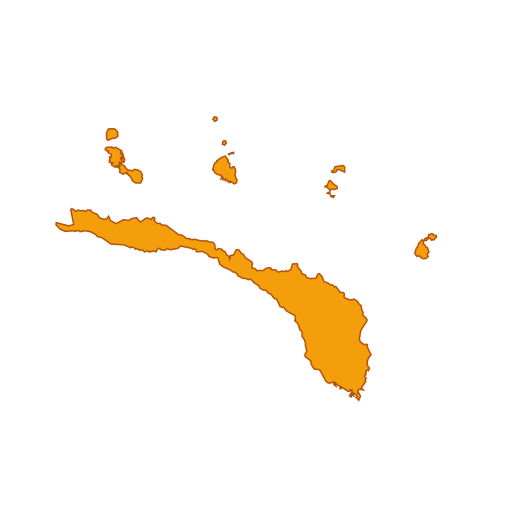 the district of Namatanai District, New Ireland, Papua New Guinea, rotated 339°
{"feature_id": "67681753B4611744074236", "entity_name": "Namatanai District", "entity_type": "district", "adm_level": 2, "iso_a3": "PNG", "parent_name": "Papua New Guinea", "parent_adm1": "New Ireland", "projection": "albers", "projection_center": [152.429, -3.72], "detail": "fine", "context": "isolated", "style": "filled", "palette": "amber", "viewbox_px": 512, "rotation_deg": 339, "n_neighbors": 0, "source": "geoboundaries", "source_scale": "gbopen_adm2", "svg_char_len": 6163}
<svg xmlns="http://www.w3.org/2000/svg" viewBox="0 0 512 512"><g transform="rotate(339 256 256)"><path d="M80.5,155.3L82.9,160.9L86.4,164.4L95.0,167.2L95.8,168.2L98.2,168.3L100.1,169.2L100.4,170.3L105.4,171.1L110.4,174.2L114.5,179.2L114.7,180.7L119.0,184.0L124.8,192.8L137.0,198.4L141.9,203.4L143.3,203.0L145.4,204.7L145.6,206.3L147.6,206.6L149.6,209.0L151.9,209.4L153.4,212.2L157.3,212.5L157.7,214.0L163.1,214.9L164.0,216.3L167.3,213.8L169.1,214.5L168.9,215.7L169.9,216.4L173.2,218.0L175.9,217.3L178.0,219.4L185.9,220.9L189.0,219.6L198.1,225.4L199.7,227.3L201.2,227.4L202.2,229.0L201.9,230.7L207.7,232.6L211.3,236.7L212.2,239.9L215.9,242.9L218.4,243.0L219.7,244.4L219.2,250.6L221.5,254.5L227.5,260.3L228.6,262.5L230.3,263.4L231.9,265.8L232.0,267.8L235.3,271.8L239.0,273.8L240.1,275.3L242.9,275.9L244.7,280.4L247.7,284.4L248.2,287.6L250.5,290.4L252.8,291.1L254.1,294.9L256.2,296.9L257.8,302.2L259.8,303.6L260.4,312.1L263.5,314.0L264.8,318.3L271.0,325.6L270.4,328.7L269.0,330.2L270.9,334.4L270.5,340.5L271.8,343.3L270.2,347.7L271.2,351.8L270.9,355.3L270.0,357.3L269.4,363.1L266.9,364.8L265.7,367.3L269.6,373.7L268.7,377.0L269.8,382.4L274.1,384.6L274.8,385.8L276.3,397.5L277.6,400.1L278.9,401.0L284.1,401.7L286.1,405.8L288.8,408.9L287.3,408.7L287.0,410.2L289.6,410.0L293.6,415.4L295.0,415.7L296.0,414.7L296.7,415.7L297.4,415.4L296.7,416.7L299.8,421.8L300.1,423.5L298.8,423.9L300.3,427.5L303.3,424.3L303.0,421.5L301.8,420.6L302.9,419.9L302.7,418.3L304.4,417.3L308.1,419.4L307.0,416.9L313.4,412.5L313.7,410.7L315.0,409.7L314.2,406.9L316.3,406.0L316.2,404.4L317.2,404.0L317.5,402.7L319.1,402.0L319.8,403.3L321.2,402.2L321.6,400.5L320.7,398.8L321.9,394.4L324.6,391.4L328.0,389.5L327.3,381.3L328.2,378.8L327.7,378.0L325.6,377.8L323.5,375.1L322.5,373.2L322.8,370.5L327.1,363.0L336.1,356.6L336.8,355.3L336.2,352.4L334.3,349.6L335.8,347.2L335.4,343.7L336.4,340.0L334.9,337.6L334.6,335.1L332.1,331.3L330.0,331.4L327.1,330.0L323.9,326.8L323.5,325.5L324.9,323.4L324.6,321.7L321.5,319.9L319.7,313.3L318.3,313.1L317.5,310.9L314.5,308.9L313.9,307.3L310.2,304.1L310.3,298.7L308.7,295.1L306.8,295.3L304.6,297.9L303.5,298.1L298.3,296.4L296.0,294.7L295.1,291.2L292.3,288.7L292.8,286.7L290.8,280.5L291.8,279.4L291.6,277.8L287.2,276.6L283.5,281.3L279.9,281.7L278.9,280.4L277.8,281.0L274.3,279.2L270.9,279.1L269.4,276.0L265.4,274.3L265.7,272.9L264.2,271.6L261.0,271.1L257.7,272.1L251.3,269.9L251.0,267.9L247.8,265.4L250.1,261.6L249.6,259.3L245.5,253.8L244.8,250.0L243.4,248.4L242.0,243.8L239.6,243.2L235.5,246.9L232.2,246.4L231.2,248.4L230.2,249.5L230.6,246.4L229.3,245.2L228.6,240.6L226.9,239.3L226.7,237.7L223.5,235.5L221.8,236.1L220.4,235.2L221.6,230.2L220.7,227.8L217.1,225.9L216.0,224.4L214.8,224.4L212.6,222.7L211.4,223.0L204.0,218.0L202.2,218.0L200.0,215.9L197.6,215.0L194.4,209.9L191.6,208.7L183.1,195.2L179.2,193.3L178.0,191.0L176.3,190.7L174.7,189.1L173.7,185.8L175.1,184.6L174.6,183.3L173.2,183.0L171.3,184.4L168.5,181.7L166.3,181.3L160.9,182.9L159.5,181.6L158.3,177.5L153.3,176.5L150.0,177.2L145.2,174.6L137.1,175.7L132.8,170.8L132.7,166.1L129.9,167.9L126.9,167.1L123.8,164.5L122.6,160.1L118.9,156.7L117.9,153.8L114.9,152.6L112.6,153.4L111.1,151.6L108.2,150.9L106.5,149.3L104.2,150.0L101.1,145.7L99.7,146.2L97.1,161.2L92.1,160.9L81.5,153.3L80.5,155.3ZM263.2,151.7L259.0,151.7L253.6,153.0L253.6,153.7L251.0,154.4L249.1,156.2L246.4,160.1L247.2,160.9L247.4,163.5L249.8,166.7L252.3,167.8L252.1,169.1L252.9,169.4L251.0,171.5L253.1,171.2L252.5,173.1L254.3,173.1L254.4,174.1L254.9,173.2L255.8,173.5L256.1,176.0L257.4,176.3L257.2,177.6L258.8,177.1L258.8,178.2L259.5,178.1L261.8,181.0L264.1,180.5L265.4,178.5L265.2,174.7L265.8,171.8L267.5,169.7L267.8,167.2L267.5,164.8L266.6,164.4L264.9,165.4L263.4,163.8L264.7,160.1L263.1,157.8L264.4,157.0L263.2,151.7ZM156.0,101.2L154.0,101.5L153.4,102.6L154.8,105.1L155.9,105.1L155.0,106.6L157.4,109.2L156.4,111.5L154.8,111.1L155.0,112.4L154.0,112.9L154.0,114.5L153.0,114.7L152.8,115.9L155.7,117.8L153.9,118.2L154.1,120.0L155.8,121.0L155.7,122.1L157.3,122.9L158.0,121.8L158.8,123.7L159.7,122.4L160.8,122.6L161.3,120.7L162.3,120.7L162.2,119.6L164.0,120.9L164.8,119.6L166.1,121.1L166.8,120.8L168.2,118.3L167.8,117.0L165.8,117.2L165.0,118.9L164.4,116.7L164.8,115.6L166.0,116.1L166.6,114.4L166.4,116.1L168.1,115.6L168.2,111.8L167.0,112.8L166.4,111.8L166.5,110.8L168.2,109.5L163.9,104.2L160.8,103.7L160.4,102.6L156.0,101.2ZM162.7,121.4L161.5,121.7L161.0,123.5L159.7,123.8L160.0,126.8L158.6,128.8L161.4,132.1L164.8,131.6L165.0,132.9L165.7,132.2L166.0,135.1L167.2,136.6L167.6,141.4L169.8,144.7L174.5,146.5L178.0,142.9L177.8,141.4L179.0,139.5L178.6,136.0L176.3,133.1L173.4,131.5L171.4,132.2L167.7,130.1L166.3,128.3L165.4,124.6L162.7,121.4ZM418.9,314.5L419.0,309.5L417.9,308.8L417.7,306.3L416.5,304.8L417.6,302.4L416.9,300.3L412.4,302.5L410.4,305.1L408.6,306.0L405.6,309.8L405.2,311.4L406.3,314.2L408.3,314.2L410.5,318.1L413.4,319.2L416.5,318.3L416.6,315.3L418.9,314.5ZM169.1,86.4L163.8,84.5L160.6,87.4L158.5,93.3L159.1,94.9L163.9,94.7L167.2,95.5L169.7,94.7L170.6,93.4L170.3,92.0L171.3,91.2L170.4,87.8L169.1,86.4ZM354.4,217.2L352.4,212.2L351.1,212.1L347.6,215.8L345.7,215.5L345.2,216.2L346.7,216.9L349.0,221.3L351.2,220.6L352.9,222.0L356.1,222.1L356.6,220.1L354.4,217.2ZM369.5,202.6L361.7,201.0L359.1,203.9L357.1,203.8L357.1,205.5L359.8,206.2L361.2,206.0L362.5,204.6L364.4,204.9L368.9,209.5L370.7,204.3L369.5,202.6ZM425.8,298.4L425.1,297.9L424.1,299.8L419.8,300.4L418.1,301.7L420.5,302.6L423.5,301.4L425.1,302.2L425.6,304.2L426.5,303.8L427.6,304.7L431.3,303.0L431.5,301.3L429.5,300.6L429.0,298.7L427.8,298.0L425.8,298.4ZM265.7,115.5L268.1,115.3L269.1,113.5L268.7,112.2L266.8,111.1L264.8,112.8L265.7,115.5ZM266.4,141.3L268.9,139.7L268.7,137.6L267.5,136.9L266.1,137.3L264.7,139.5L266.4,141.3ZM297.1,419.8L295.8,418.0L293.1,420.1L294.3,421.6L295.7,419.9L297.2,421.8L297.1,419.8ZM347.4,224.7L347.9,222.2L347.2,223.0L345.9,222.5L345.0,223.0L347.4,224.7ZM350.8,228.0L347.7,226.5L347.1,227.1L349.2,229.1L350.8,228.0ZM284.1,406.3L284.2,404.3L283.0,402.7L282.7,404.3L284.1,406.3ZM272.3,151.3L269.7,150.7L268.8,151.2L271.8,152.3L272.3,151.3ZM267.8,151.8L267.8,151.0L266.8,151.0L266.9,151.6L267.8,151.8Z" fill="#f59e0b" stroke="#b45309" stroke-width="1.5"/></g></svg>